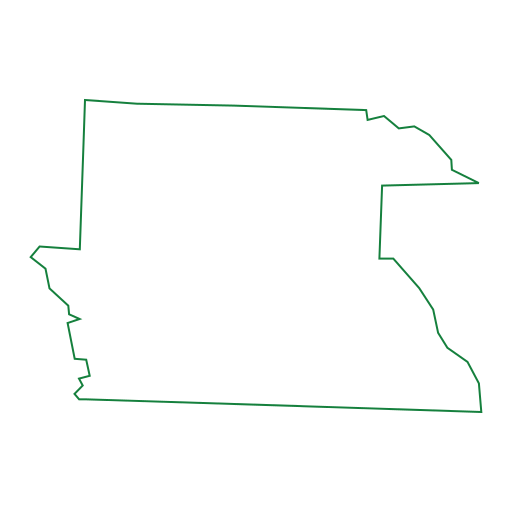 Dallas, Arkansas, United States of America (Albers equal-area conic projection)
{"feature_id": "52423323B82335716857681", "entity_name": "Dallas", "entity_type": "district", "adm_level": 2, "iso_a3": "USA", "parent_name": "United States of America", "parent_adm1": "Arkansas", "projection": "albers", "projection_center": [-92.654, 33.975], "detail": "fine", "context": "isolated", "style": "outline", "palette": "green", "viewbox_px": 512, "rotation_deg": 0, "n_neighbors": 0, "source": "geoboundaries", "source_scale": "gbopen_adm2", "svg_char_len": 636}
<svg xmlns="http://www.w3.org/2000/svg" viewBox="0 0 512 512"><path d="M233.9,105.6L136.8,103.7L85.0,100.0L83.3,149.9L79.8,249.3L39.6,246.5L30.7,257.1L45.5,268.7L49.5,288.4L68.3,305.7L69.1,314.3L79.6,319.0L67.6,323.0L74.7,358.8L86.2,359.7L89.7,375.8L79.0,378.6L82.7,385.5L74.5,393.9L79.1,399.3L84.8,399.3L300.5,406.1L302.3,406.2L481.3,412.0L478.9,383.4L467.5,361.9L447.4,347.8L438.1,332.8L433.2,309.6L419.2,288.1L393.3,258.6L379.4,258.6L382.1,185.6L478.8,183.1L451.9,169.8L451.3,159.9L437.6,144.4L429.3,135.0L414.3,126.4L398.8,128.4L384.0,116.0L367.6,119.9L366.2,110.1L233.9,105.6Z" fill="none" stroke="#15803d" stroke-width="2"/></svg>